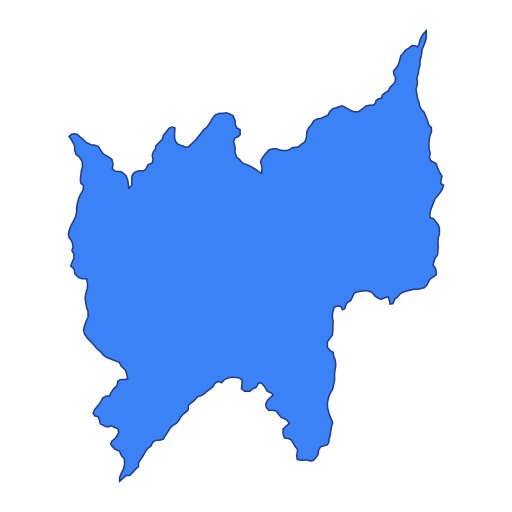 Itapecerica, Minas Gerais, Brazil
{"feature_id": "56859067B8389558658306", "entity_name": "Itapecerica", "entity_type": "district", "adm_level": 2, "iso_a3": "BRA", "parent_name": "Brazil", "parent_adm1": "Minas Gerais", "projection": "equal_earth", "projection_center": [-45.108, -20.455], "detail": "fine", "context": "isolated", "style": "filled", "palette": "blue", "viewbox_px": 512, "rotation_deg": 0, "n_neighbors": 0, "source": "geoboundaries", "source_scale": "gbopen_adm2", "svg_char_len": 5920}
<svg xmlns="http://www.w3.org/2000/svg" viewBox="0 0 512 512"><path d="M302.6,460.2L307.0,460.0L310.6,461.0L313.4,460.4L315.9,457.7L318.0,454.5L318.7,449.8L320.6,446.8L324.0,445.7L327.1,445.0L328.7,442.6L329.3,438.4L330.3,434.7L330.8,430.6L331.5,426.4L332.7,422.3L330.8,418.0L329.0,413.5L327.7,408.2L327.4,403.2L328.3,398.2L329.9,393.9L332.6,389.2L333.7,384.5L334.6,380.0L334.5,374.9L334.9,370.6L335.7,366.3L335.6,362.6L334.8,358.7L333.6,355.7L333.2,352.3L330.2,350.7L327.4,347.2L327.4,341.9L329.9,338.4L332.3,335.2L332.8,330.9L332.9,325.5L333.2,321.5L332.4,317.2L332.7,312.3L334.2,307.3L336.8,306.1L340.7,306.2L342.4,309.8L344.8,308.6L345.9,304.9L347.5,302.3L350.6,300.7L352.3,297.4L354.2,293.2L356.7,292.0L359.3,291.5L361.8,291.1L364.3,290.8L367.8,290.9L371.0,292.0L373.2,293.6L374.9,296.0L377.2,297.6L380.9,299.4L384.5,297.9L388.0,296.7L389.3,300.1L390.0,304.1L392.8,303.7L395.0,299.0L397.8,296.7L399.9,294.1L402.4,292.5L404.8,291.5L408.4,290.6L410.9,290.1L413.4,289.3L417.9,289.3L420.9,288.6L424.2,287.8L426.9,285.0L428.8,281.2L430.4,278.8L433.0,277.1L436.2,274.9L436.2,270.9L435.1,267.7L433.2,265.0L433.9,261.6L435.0,258.4L437.5,254.9L438.2,248.1L438.0,242.9L438.2,238.2L439.5,233.3L439.4,227.9L438.2,224.7L435.8,221.6L433.3,218.5L430.1,217.8L429.9,214.0L430.7,209.9L432.7,204.8L435.1,198.5L437.7,195.7L440.0,192.8L442.3,189.2L443.6,185.2L440.9,183.6L441.0,179.8L442.0,176.3L439.7,172.4L437.8,168.5L436.3,163.8L433.3,162.0L430.7,160.6L429.4,157.5L430.2,153.3L429.2,149.3L428.9,144.7L429.2,140.6L429.8,136.1L431.5,131.8L431.4,127.6L428.7,124.8L427.5,120.8L425.6,115.9L424.2,112.3L421.5,109.6L419.6,105.8L418.9,101.8L417.5,98.4L417.0,94.7L416.0,89.6L417.5,82.9L416.8,78.1L418.3,73.7L418.8,69.3L420.0,65.1L420.0,60.4L421.0,57.3L421.5,54.0L422.3,48.9L424.4,44.1L425.9,39.7L426.4,35.8L426.2,30.7L423.5,33.7L421.5,36.6L419.8,40.6L419.0,44.3L417.4,46.9L415.1,45.8L412.1,45.5L409.0,48.0L405.3,50.3L403.1,53.4L400.7,55.9L399.5,61.1L398.0,65.3L396.0,68.1L393.5,71.0L393.8,74.4L395.6,77.4L395.0,82.2L392.8,84.7L390.1,87.2L388.2,91.1L385.7,92.3L382.5,94.8L381.4,98.2L378.4,98.8L376.1,100.6L375.1,103.6L372.9,105.3L370.1,105.1L365.8,106.0L362.7,108.8L358.3,111.7L353.4,111.7L350.1,110.1L347.1,108.5L344.8,107.1L341.9,105.8L338.5,106.9L335.8,107.9L332.8,108.7L329.9,111.4L327.9,115.2L324.6,116.6L321.1,118.4L317.3,118.9L313.7,120.8L311.2,125.0L308.7,127.8L307.0,131.2L306.2,138.6L304.7,142.0L301.7,144.0L298.3,146.9L295.0,147.4L292.4,147.6L289.4,149.8L286.6,150.5L283.3,150.5L279.8,150.1L276.8,148.8L272.6,148.8L268.8,150.0L266.2,153.0L264.0,155.7L262.1,158.2L260.6,161.5L261.3,164.7L262.1,168.3L261.5,173.2L258.2,171.5L256.2,169.6L253.9,168.3L251.2,166.7L248.7,165.5L245.8,164.3L243.4,163.6L241.3,161.7L239.2,159.2L236.9,157.5L235.0,152.8L235.1,147.0L233.5,141.5L235.2,137.8L238.1,136.8L240.2,134.7L240.1,129.6L237.0,128.1L235.3,124.8L235.1,120.6L233.1,115.7L229.9,114.0L226.4,112.8L222.9,113.3L219.4,113.4L215.5,114.8L212.9,117.7L210.5,121.8L208.4,125.1L206.4,127.6L203.9,129.5L201.6,132.5L199.2,135.5L196.9,138.4L194.4,141.3L191.4,144.0L188.7,146.7L186.0,147.4L183.1,146.0L179.8,145.0L177.5,143.8L175.6,141.5L174.6,138.0L174.6,133.0L175.0,128.0L172.2,127.0L169.0,128.3L166.3,131.8L163.6,135.0L162.2,139.5L158.5,143.1L155.8,146.0L155.3,149.4L153.3,151.8L152.2,155.5L153.0,159.5L152.3,162.9L148.0,164.7L145.8,169.2L143.5,170.9L141.0,170.8L137.8,171.0L134.1,172.6L131.9,175.9L131.7,181.0L131.7,185.4L128.8,188.3L128.3,183.9L127.8,180.3L126.0,175.7L123.5,173.5L121.1,171.7L118.0,171.5L114.8,171.2L112.3,168.5L113.0,164.2L111.9,159.3L107.7,156.4L103.4,154.1L100.6,150.1L98.4,146.5L94.2,145.0L91.5,145.0L88.7,143.6L86.2,142.4L83.3,139.5L79.8,136.8L77.6,134.5L75.0,133.8L71.6,134.2L69.0,136.4L71.7,140.3L74.5,145.5L74.7,150.1L75.9,154.2L79.3,157.1L81.1,159.5L82.3,162.4L82.5,166.9L81.4,170.7L80.7,175.6L80.3,179.9L81.0,183.6L83.3,185.0L83.4,188.5L82.2,191.7L80.2,194.9L78.6,198.6L77.4,203.2L76.6,207.9L76.6,212.1L75.5,217.0L73.3,221.4L71.3,225.0L69.4,229.7L68.4,233.8L69.1,237.6L70.9,239.8L72.3,242.7L73.1,246.9L71.9,250.6L73.8,253.8L73.9,258.1L72.2,262.1L70.7,266.2L74.0,268.9L75.0,274.0L78.5,277.4L81.3,278.6L84.1,278.8L86.6,278.8L87.5,283.3L87.4,288.2L85.8,293.6L85.1,298.1L85.8,303.1L86.8,308.4L88.0,311.1L88.1,316.9L86.2,321.3L84.4,326.0L83.5,330.1L84.7,334.3L87.1,337.8L89.4,340.4L91.6,342.4L94.0,345.1L96.5,348.1L99.1,350.5L101.2,352.3L103.5,355.2L106.3,357.3L110.2,358.8L115.2,360.8L119.2,362.2L121.1,365.9L123.3,368.1L125.7,370.4L126.9,375.0L127.7,379.1L124.1,379.5L120.3,379.7L117.9,381.1L117.0,385.6L113.7,388.7L111.1,392.6L109.5,396.0L106.2,396.0L102.7,398.0L100.2,402.8L97.1,406.6L94.6,409.6L93.1,413.1L94.8,416.0L98.1,416.6L99.3,419.6L100.4,423.9L102.7,425.0L105.0,426.4L108.2,426.9L111.2,425.9L114.5,427.4L117.7,428.6L118.8,432.4L116.5,436.6L114.5,439.0L112.0,441.0L110.6,443.7L112.2,446.4L115.0,449.3L119.3,450.9L121.6,455.9L124.3,458.8L124.6,464.0L123.6,468.5L121.2,473.4L119.6,477.5L119.6,481.3L123.2,478.1L126.4,475.5L129.8,475.4L132.9,472.3L135.6,469.2L138.4,466.7L138.7,462.4L140.9,459.2L143.4,455.4L145.4,451.5L147.4,448.6L150.7,446.4L153.2,441.7L156.2,440.3L160.2,440.1L163.3,439.2L165.2,435.9L168.0,431.5L170.3,427.9L173.0,425.2L176.3,423.4L178.7,420.6L180.4,417.5L183.3,414.0L185.9,412.2L188.2,409.8L188.3,405.4L191.3,402.8L194.1,400.7L197.5,396.7L200.7,395.9L204.3,393.7L207.2,391.1L210.3,389.0L213.0,386.7L215.0,383.2L218.2,381.4L221.7,382.8L224.7,379.3L228.2,378.0L232.0,377.2L238.9,377.8L242.0,379.8L242.0,384.2L241.4,388.6L244.6,391.3L249.7,391.3L252.6,388.8L256.0,387.5L258.7,382.7L261.8,383.4L264.5,386.4L267.1,391.2L271.2,392.9L273.2,395.1L270.9,396.9L267.7,400.0L265.7,404.0L266.3,407.7L268.9,410.4L272.8,410.3L276.4,411.0L278.7,414.5L281.3,417.5L283.7,418.3L287.0,420.3L289.3,423.5L285.7,426.4L283.1,429.0L283.1,434.4L284.5,438.0L288.1,438.4L290.9,439.7L293.0,442.8L295.0,446.2L297.6,449.6L296.7,455.6L297.2,459.4L299.8,460.1L302.6,460.2Z" fill="#3b82f6" stroke="#1e3a8a" stroke-width="1.5"/></svg>